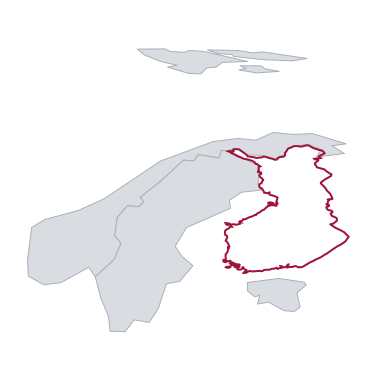 Finland highlighted, Equal Earth projection, rotated 4°
{"feature_id": "FIN", "entity_name": "Finland", "entity_type": "country or territory", "adm_level": 0, "iso_a3": "FIN", "parent_name": "Europe", "parent_adm1": "", "projection": "equal_earth", "projection_center": [24.864, 64.94], "detail": "fine", "context": "with_neighbors", "style": "outline", "palette": "rose", "viewbox_px": 384, "rotation_deg": 4, "n_neighbors": 3, "source": "natural_earth", "source_scale": "50m", "svg_char_len": 7852}
<svg xmlns="http://www.w3.org/2000/svg" viewBox="0 0 384 384"><g transform="rotate(4 192 192)"><path d="M174.8,53.2L178.8,51.1L193.5,50.9L238.7,57.9L213.2,60.6L207.2,65.8L198.1,67.2L192.7,73.5L180.3,73.9L158.8,69.1L168.4,66.5L153.4,64.4L134.6,58.5L127.7,53.3L155.3,51.1L160.5,53.3L174.8,53.2ZM341.1,143.0L313.6,148.6L318.0,140.7L303.7,136.3L286.7,140.1L281.4,148.3L270.8,153.4L258.8,150.6L244.3,151.2L232.2,145.2L225.4,148.1L218.5,148.6L216.5,156.2L195.5,154.3L192.1,160.8L181.3,160.8L160.5,182.9L140.8,200.8L144.6,205.2L140.0,210.4L128.4,210.2L119.3,222.7L117.9,241.0L124.8,248.1L119.1,264.8L101.4,283.3L94.2,274.3L67.7,291.4L50.7,294.9L34.6,287.3L32.7,271.4L34.5,238.6L47.0,229.7L80.0,218.3L105.1,204.7L158.5,163.2L209.6,140.2L234.0,135.4L252.0,135.9L268.7,127.0L288.6,127.5L308.0,125.4L342.5,133.2L328.6,136.1L341.1,143.0ZM297.6,50.8L282.8,54.2L253.7,55.0L224.2,53.9L222.5,52.2L208.1,52.0L197.4,49.2L228.3,47.6L242.7,49.0L252.9,47.3L297.6,50.8ZM270.8,65.6L248.0,68.7L230.0,66.9L237.2,65.0L231.1,62.7L252.2,61.3L256.1,64.0L270.8,65.6Z" fill="#d9dde1" stroke="#a8b0b8" stroke-width="1"/><path d="M101.4,283.3L119.1,264.8L124.8,248.1L117.9,241.0L119.3,222.7L128.4,210.2L140.0,210.4L144.6,205.2L140.8,200.8L160.5,182.9L181.3,160.8L192.1,160.8L195.5,154.3L216.5,156.2L218.5,148.6L225.4,148.1L257.3,161.7L257.4,180.4L261.2,185.2L241.4,188.8L229.9,197.7L231.4,205.6L188.9,227.9L179.0,247.4L186.9,257.4L198.1,265.4L186.0,281.9L172.9,285.3L166.5,310.6L158.4,325.1L143.1,323.6L135.0,336.0L120.1,336.7L117.4,322.0L108.6,304.5L101.4,283.3Z" fill="#d9dde1" stroke="#a8b0b8" stroke-width="1"/><path d="M310.4,274.2L312.4,276.7L303.8,285.3L307.8,299.2L302.5,304.0L292.2,304.0L275.9,296.5L265.3,299.2L266.8,290.3L262.2,292.2L254.4,286.9L253.5,278.4L284.5,272.2L310.4,274.2Z" fill="#d9dde1" stroke="#a8b0b8" stroke-width="1"/><path d="M264.1,187.7L262.9,185.4L262.2,184.5L261.2,183.4L259.5,182.9L259.1,182.6L258.9,182.1L258.8,181.5L258.6,180.5L258.7,179.8L258.9,179.3L259.7,179.0L260.8,178.1L261.1,177.5L261.2,176.5L261.7,175.7L262.2,175.2L262.1,174.9L261.7,174.4L260.9,173.7L259.7,172.9L258.7,172.1L258.3,171.4L258.1,170.7L258.2,170.1L258.5,169.7L259.7,169.2L259.9,169.0L259.4,167.8L258.6,167.6L256.4,167.5L256.3,167.4L256.3,167.1L256.4,166.7L257.2,165.8L257.3,165.5L256.8,164.5L256.7,163.4L256.9,162.4L258.4,161.7L256.6,160.7L255.3,159.9L254.9,159.4L253.3,159.3L252.4,157.9L249.7,156.6L248.9,156.4L244.2,155.5L242.4,155.4L240.2,154.9L238.6,154.2L237.2,153.8L236.0,153.4L234.3,152.9L233.9,152.5L232.1,151.8L231.2,151.3L228.3,150.4L228.2,150.1L228.2,149.7L225.1,148.9L225.7,148.6L228.1,148.5L230.0,148.9L230.5,148.7L230.7,148.4L229.9,147.2L230.1,146.9L231.0,146.5L232.4,146.2L234.5,146.2L236.0,146.2L236.3,146.3L238.4,147.6L240.3,148.9L241.3,149.4L243.7,151.0L244.6,151.9L244.9,152.6L245.9,152.6L252.2,153.1L253.0,153.5L255.0,153.4L256.6,153.0L259.3,152.6L261.0,151.6L262.6,151.7L266.3,152.7L270.4,153.3L271.5,153.9L273.1,154.0L274.7,153.5L275.6,152.0L276.5,151.4L277.7,150.9L279.1,150.7L280.1,150.6L280.9,150.3L282.0,149.5L282.2,148.5L282.0,146.7L282.2,146.1L283.1,145.2L284.3,142.7L284.9,142.0L285.5,141.6L286.4,141.3L288.1,140.6L290.5,139.1L291.1,139.0L292.8,138.9L295.0,138.9L296.9,139.2L297.1,139.2L298.0,139.0L299.5,138.6L302.2,137.7L303.9,137.4L305.4,137.5L307.2,138.5L309.7,139.6L311.3,140.1L315.6,141.1L319.4,141.8L321.6,144.0L320.6,144.9L320.1,145.2L318.3,146.1L316.4,147.3L316.2,148.0L316.9,148.7L317.8,149.1L313.4,150.2L311.7,150.4L312.1,150.8L314.9,150.9L315.4,151.0L315.7,151.2L315.8,151.5L315.5,152.0L312.6,154.7L312.5,155.2L313.6,156.8L315.0,158.7L322.5,160.2L324.6,161.8L328.0,163.9L329.8,164.6L329.9,164.9L329.5,166.3L327.4,167.8L325.5,169.0L323.4,170.5L321.9,171.8L320.1,173.3L320.0,173.8L319.9,174.3L320.3,174.8L322.6,176.7L324.7,178.7L325.6,179.8L326.2,180.8L327.2,181.8L328.8,183.1L330.0,184.1L330.4,185.0L332.3,188.0L332.5,188.7L332.4,189.3L331.7,189.4L330.0,189.5L328.2,189.9L328.1,190.0L329.3,190.7L328.3,191.9L328.2,193.7L327.1,194.6L327.1,194.8L327.1,195.0L327.3,195.1L329.4,195.4L329.6,195.6L329.6,196.1L329.5,196.6L328.4,197.0L327.3,197.5L327.1,198.0L327.2,198.4L327.6,199.1L328.4,200.0L329.3,200.5L332.7,201.0L333.2,201.5L333.4,202.0L333.4,202.6L331.9,203.7L331.9,204.2L332.6,205.2L333.4,206.2L336.8,207.3L337.9,207.9L338.3,208.4L338.5,209.2L338.5,210.0L338.3,210.8L337.3,211.8L335.0,213.7L332.6,214.4L332.4,214.6L333.2,215.2L337.6,217.7L344.3,220.4L346.8,221.6L347.7,222.5L348.8,223.5L350.0,224.4L350.9,225.1L351.3,225.5L351.3,226.0L350.2,227.5L349.6,228.7L348.6,230.3L347.4,231.5L344.6,233.7L340.3,236.4L339.3,237.2L337.3,238.7L333.9,241.5L333.0,242.2L330.2,244.5L328.9,245.2L327.9,245.9L325.1,248.1L319.0,251.4L318.1,252.2L315.1,253.7L307.8,258.8L307.4,258.9L306.3,259.4L304.5,259.5L303.8,259.8L301.1,258.8L300.6,258.7L299.1,259.0L297.6,259.7L294.8,260.0L293.4,260.2L292.5,260.6L292.3,259.7L292.7,258.7L293.3,258.0L293.3,257.5L292.9,257.6L292.0,258.6L291.5,259.8L290.6,260.4L288.5,260.7L286.4,259.7L285.5,259.7L286.1,260.4L286.5,261.2L286.5,261.6L285.4,261.5L284.1,262.0L283.1,262.7L282.6,262.7L281.8,261.7L280.5,262.2L279.4,262.8L277.1,263.0L275.8,263.7L273.3,264.3L272.0,264.3L269.0,264.9L268.0,265.9L267.1,266.2L265.8,265.9L262.0,266.4L258.3,267.0L256.7,267.0L255.1,266.7L253.4,267.6L251.6,268.8L249.7,269.2L249.0,269.1L249.5,268.4L250.8,267.8L251.7,266.9L251.9,266.2L251.3,265.9L250.4,265.9L249.4,265.1L248.4,263.5L247.9,263.4L247.6,263.8L247.3,265.1L247.0,265.4L245.8,266.0L245.1,266.1L242.9,266.1L242.6,265.5L242.6,265.2L243.0,264.4L242.7,264.3L243.0,263.6L243.6,263.7L244.2,263.6L244.5,263.2L244.5,262.8L243.6,262.7L244.4,261.4L244.5,261.1L244.2,261.0L243.7,261.1L240.5,260.8L236.6,259.3L235.7,259.3L235.1,258.0L234.1,258.1L232.7,258.9L231.7,258.3L230.6,258.0L230.3,257.4L230.4,256.5L230.3,255.5L230.0,254.3L229.9,252.7L230.1,251.4L231.0,250.4L231.4,249.8L231.8,248.2L232.0,246.4L231.8,245.8L231.8,245.4L232.5,245.4L232.4,245.0L232.1,244.8L231.8,244.4L232.1,244.2L232.9,244.2L233.1,243.9L232.5,242.8L232.4,242.3L231.5,240.8L230.6,239.4L229.0,238.3L229.6,236.6L230.3,235.1L230.2,234.3L230.0,233.4L228.2,232.5L227.9,231.1L227.5,229.6L227.7,228.7L228.0,228.0L228.7,227.3L231.9,225.1L232.1,224.0L234.2,223.9L233.2,222.9L233.0,222.3L233.0,221.7L236.0,221.2L237.1,221.6L239.8,221.2L242.2,220.3L242.2,219.8L241.8,219.4L241.3,218.5L241.7,218.3L242.5,218.5L242.1,218.1L242.2,217.7L243.2,217.8L244.7,216.6L244.8,215.7L247.4,215.3L250.5,213.4L251.9,212.8L253.3,212.4L256.2,210.6L257.4,210.5L258.0,209.3L260.5,207.7L261.2,207.4L262.4,206.0L265.4,204.3L267.3,202.1L268.3,201.4L268.6,200.6L269.8,200.5L270.8,199.9L273.1,199.5L275.3,199.6L276.3,199.9L277.1,199.8L277.0,199.1L276.4,198.6L276.9,198.2L278.1,197.9L278.0,197.2L277.7,196.7L276.7,196.2L277.2,194.9L277.3,193.5L277.8,191.9L276.6,191.0L271.9,189.6L271.1,189.6L270.0,189.4L269.0,188.3L269.4,187.4L269.5,187.1L269.1,187.1L268.4,187.5L266.9,188.0L265.0,187.6L264.1,187.7ZM239.5,261.2L241.0,261.5L241.7,261.4L242.4,262.2L241.2,262.6L241.1,263.2L241.5,263.6L241.7,264.1L240.5,264.1L239.9,263.7L239.6,263.1L239.1,262.7L238.3,262.4L238.7,262.0L238.9,261.4L239.5,261.2ZM272.0,198.1L270.3,198.5L268.9,198.3L268.9,197.4L269.7,197.0L271.3,196.9L273.4,197.3L273.7,197.5L272.5,197.7L272.0,198.1ZM229.1,221.2L229.3,221.4L230.0,221.4L230.9,220.9L231.6,221.1L231.5,221.8L231.0,221.8L230.9,221.7L230.3,222.0L230.2,222.3L229.5,222.4L228.3,221.8L227.6,220.7L229.4,220.7L229.2,221.0L229.1,221.2ZM230.8,258.9L230.6,259.6L229.8,259.5L228.9,259.6L228.3,259.0L227.9,257.8L228.1,257.6L228.6,257.4L229.0,258.0L230.8,258.9ZM237.3,261.7L236.4,261.7L235.2,261.0L235.0,260.8L235.5,260.6L235.2,260.0L235.3,259.8L236.3,260.2L236.8,260.7L236.3,260.9L237.1,261.4L237.3,261.7ZM235.3,264.5L234.0,265.0L233.6,264.9L233.7,264.1L234.4,263.7L235.7,263.6L235.3,264.5ZM232.8,265.0L231.7,265.1L231.0,264.7L231.3,264.4L232.0,264.1L232.9,264.1L233.0,264.5L232.8,265.0Z" fill="none" stroke="#9f1239" stroke-width="2"/></g></svg>